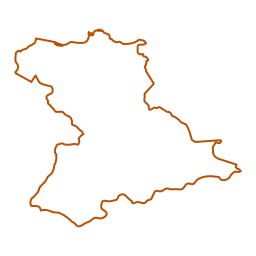 SVG path tracing the border of Anzoátegui
{"feature_id": "VEN-40", "entity_name": "Anzoátegui", "entity_type": "State", "adm_level": 1, "iso_a3": "VEN", "parent_name": "Venezuela", "parent_adm1": "", "projection": "orthographic", "projection_center": [-64.438, 8.961], "detail": "fine", "context": "isolated", "style": "outline", "palette": "amber", "viewbox_px": 256, "rotation_deg": 0, "n_neighbors": 0, "source": "natural_earth", "source_scale": "10m", "svg_char_len": 5695}
<svg xmlns="http://www.w3.org/2000/svg" viewBox="0 0 256 256"><path d="M36.1,38.5L55.2,42.1L58.2,43.7L61.0,44.4L61.8,44.7L61.8,45.2L56.2,43.4L54.7,43.1L55.4,44.2L56.7,45.0L58.3,45.5L61.6,45.8L62.3,45.7L63.0,45.5L64.3,44.8L66.6,44.4L69.2,42.7L70.5,42.1L72.0,41.9L76.1,42.7L81.6,43.0L84.4,42.6L86.6,41.4L87.4,40.3L88.0,39.2L88.9,36.4L88.9,35.2L88.5,33.3L88.9,32.3L89.5,32.9L90.2,33.3L91.0,33.4L91.9,33.3L91.4,34.1L91.1,34.2L90.4,34.4L91.2,35.4L92.5,35.3L93.3,34.6L92.5,33.8L93.3,33.2L95.2,30.7L96.3,30.5L98.5,29.8L99.6,29.7L99.4,30.2L99.1,30.7L100.2,30.5L100.6,30.2L101.1,31.1L101.6,31.0L102.0,30.5L102.3,30.4L103.3,31.6L103.9,32.6L105.2,33.2L108.3,34.4L109.1,34.9L109.5,35.6L109.6,36.2L109.6,37.6L109.8,38.4L110.1,38.7L110.6,38.9L111.4,39.1L112.0,39.5L112.3,39.8L112.5,40.2L113.5,41.0L115.7,42.1L116.4,42.3L117.4,42.2L118.9,41.7L119.5,41.8L120.2,42.0L122.3,43.3L122.9,43.8L123.9,44.1L126.3,44.0L130.8,43.5L135.1,42.2L137.8,40.7L138.9,39.7L139.4,39.7L140.3,39.8L143.8,40.7L144.7,41.3L146.0,43.2L145.5,43.6L143.5,44.6L143.1,44.7L141.3,44.6L139.5,44.7L138.7,45.0L138.1,45.4L137.8,45.7L137.7,46.0L137.6,51.8L137.8,52.4L138.2,53.1L139.1,54.0L139.7,54.3L140.2,54.4L141.8,54.1L142.4,54.1L143.1,54.3L143.2,54.6L142.9,55.4L143.0,55.8L143.5,56.2L145.3,56.7L146.1,57.0L146.4,57.3L147.8,58.9L148.0,59.3L148.1,59.7L148.0,60.4L147.7,60.7L146.5,61.2L146.3,61.5L146.2,62.0L146.3,63.6L146.2,64.1L146.1,64.6L145.0,66.1L144.8,66.9L144.9,67.4L145.8,69.1L145.9,69.9L145.8,70.4L146.5,72.0L153.7,83.4L153.4,84.1L153.0,84.7L144.8,93.5L144.6,94.0L144.7,96.7L144.3,100.5L144.6,101.3L145.3,102.2L148.2,105.0L148.6,106.0L149.2,109.2L149.3,109.5L149.6,109.7L150.1,109.7L150.9,109.5L153.3,108.2L154.3,107.6L154.7,107.6L156.1,108.0L156.7,108.1L157.2,108.0L157.5,107.9L158.5,107.3L159.3,107.1L160.2,107.5L166.2,111.3L167.3,111.8L168.9,112.0L169.7,112.3L170.6,113.1L171.3,114.2L172.0,115.7L172.4,116.1L174.1,116.6L175.5,117.3L178.9,119.8L179.3,120.2L179.9,121.1L180.5,121.7L181.6,122.5L183.6,123.3L184.6,123.9L185.8,124.3L186.8,125.7L189.3,131.1L191.8,139.6L192.2,140.1L193.5,140.8L194.0,141.1L194.6,141.7L195.4,141.9L196.9,141.9L218.8,140.3L220.8,140.4L221.2,141.3L220.8,142.0L220.4,142.6L219.8,143.0L219.0,143.2L218.6,143.2L216.7,142.6L216.3,142.5L215.5,142.7L215.2,143.0L214.6,144.5L212.9,146.8L212.8,147.2L213.1,152.6L213.4,154.0L214.1,155.4L215.5,157.0L216.9,158.0L218.0,158.6L236.4,164.6L236.5,164.9L236.4,165.2L235.9,166.3L235.8,166.7L235.8,167.2L236.1,167.7L236.5,168.1L239.3,169.5L240.0,170.1L240.6,171.2L239.8,171.6L239.0,171.9L238.0,172.0L236.2,171.7L235.3,171.6L234.3,172.0L233.3,172.7L231.5,174.3L230.9,175.1L230.0,176.7L229.5,177.5L228.7,178.2L226.2,179.7L224.1,180.2L221.9,180.0L220.0,178.9L218.9,177.0L211.5,176.2L207.8,176.3L204.1,176.8L200.3,178.0L198.5,178.9L196.9,180.0L194.0,183.5L192.5,184.3L188.6,183.5L187.3,183.7L186.1,184.4L185.2,185.5L183.8,187.6L182.9,188.5L181.8,189.2L180.4,189.5L176.2,189.1L171.3,189.4L169.8,189.1L168.4,188.7L167.3,188.5L166.1,188.6L164.8,189.2L162.7,190.6L161.5,191.1L160.3,191.4L159.0,191.3L157.7,190.9L156.5,190.7L155.2,191.3L154.4,192.2L152.3,196.8L151.6,198.5L151.0,199.2L150.2,199.6L148.3,200.1L147.4,200.5L146.9,201.0L145.9,202.1L145.3,202.6L144.6,202.9L143.8,203.1L142.2,203.0L139.0,202.2L137.5,202.0L135.8,202.5L134.3,203.1L133.0,203.2L132.0,202.6L131.7,200.9L130.8,200.5L129.9,199.8L125.1,195.2L123.7,194.4L122.5,194.3L121.2,194.5L120.0,195.0L119.0,195.7L118.4,196.5L117.6,198.5L117.0,199.3L116.0,200.0L110.0,201.3L108.7,201.3L104.5,200.7L103.2,200.9L102.2,201.8L101.8,202.8L101.1,206.3L101.5,208.4L103.0,209.8L104.9,210.9L106.4,212.5L106.6,214.6L105.3,216.4L103.3,217.7L101.2,218.4L99.8,218.4L96.0,217.7L94.7,217.9L93.6,218.4L89.7,221.3L85.5,223.1L81.0,225.8L79.6,226.3L78.2,226.3L77.0,225.8L76.1,225.0L74.4,223.0L72.4,222.1L67.8,217.9L64.0,215.2L59.8,213.1L57.6,212.6L53.1,212.2L48.8,210.6L46.7,210.1L44.6,209.9L40.9,210.4L40.7,209.7L40.1,208.2L39.8,207.7L39.3,207.2L38.4,206.5L36.8,206.1L34.8,206.0L32.4,206.1L32.0,206.1L31.3,205.7L31.0,205.5L30.7,204.8L30.4,203.0L30.4,202.1L30.6,201.1L31.0,199.9L31.6,198.7L32.7,197.6L33.8,196.8L34.4,196.2L38.0,192.0L39.0,189.5L39.3,188.2L40.2,186.6L45.0,181.8L45.7,180.8L47.6,177.2L48.1,176.5L51.4,173.7L52.2,172.7L53.9,168.2L54.3,165.4L54.6,164.6L55.5,162.8L56.4,158.5L56.4,157.5L56.3,156.7L56.3,154.8L56.2,154.5L55.0,152.5L54.9,151.7L55.3,148.4L56.8,145.3L57.3,144.7L57.8,144.5L59.7,144.0L61.2,143.5L61.7,143.4L62.3,143.4L64.6,144.4L65.2,144.6L67.0,144.8L72.3,144.4L73.4,144.0L74.3,143.9L75.7,144.1L76.9,144.5L77.8,144.6L78.2,144.4L78.6,143.8L79.2,142.2L79.3,141.3L79.3,140.7L78.7,139.2L78.8,138.6L79.1,137.9L80.1,136.7L81.3,135.4L83.3,134.2L82.3,132.0L81.9,131.5L81.5,131.1L79.9,130.0L79.0,129.3L77.5,127.6L76.2,126.4L75.2,125.8L72.7,125.0L72.4,124.7L72.1,124.3L72.0,123.5L72.0,121.3L71.8,120.3L71.1,118.6L70.9,118.1L70.4,117.5L69.4,116.6L68.2,115.9L66.1,115.3L65.5,114.8L63.5,112.7L62.9,112.2L62.2,111.9L61.3,111.7L56.6,111.9L56.1,111.8L55.4,111.5L54.7,110.8L53.4,108.9L52.4,107.8L51.2,106.8L50.6,106.0L50.1,105.1L49.6,104.7L48.7,104.3L48.4,104.0L48.2,103.6L48.0,103.1L48.0,101.0L47.9,100.6L46.9,99.1L46.5,98.3L46.5,97.4L46.5,96.5L47.7,95.2L51.4,93.4L51.9,92.8L52.3,92.2L52.6,91.4L52.6,90.9L52.4,88.3L52.0,87.2L51.5,86.7L50.7,86.3L49.4,85.9L46.7,85.4L43.0,84.3L41.6,83.8L40.2,83.0L39.6,82.6L38.9,81.7L35.7,75.8L35.1,76.2L34.8,76.6L31.3,81.9L16.0,73.4L15.6,73.0L15.5,72.8L15.5,72.3L15.7,71.8L17.4,69.7L17.8,68.8L18.2,66.4L17.5,64.4L15.9,62.1L15.5,60.9L15.4,58.8L15.9,52.8L18.0,51.0L18.3,50.9L18.7,50.8L19.3,50.9L20.0,51.4L20.3,51.5L20.7,51.4L21.5,50.5L22.2,50.0L22.9,49.7L24.9,49.1L26.0,48.9L27.1,48.1L29.0,46.2L29.8,45.7L31.5,45.1L33.3,43.9L34.4,43.3L35.2,42.2L36.1,38.5Z" fill="none" stroke="#b45309" stroke-width="2"/></svg>